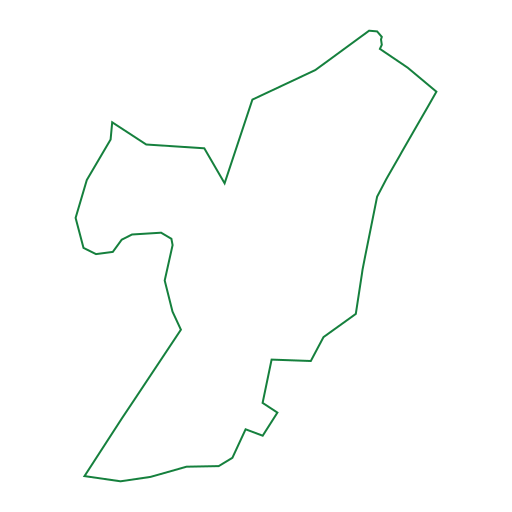 outline of Hudson, New Jersey, United States of America
{"feature_id": "52423323B86380597892697", "entity_name": "Hudson", "entity_type": "district", "adm_level": 2, "iso_a3": "USA", "parent_name": "United States of America", "parent_adm1": "New Jersey", "projection": "natural_earth1", "projection_center": [-74.072, 40.733], "detail": "fine", "context": "isolated", "style": "outline", "palette": "green", "viewbox_px": 512, "rotation_deg": 0, "n_neighbors": 0, "source": "geoboundaries", "source_scale": "gbopen_adm2", "svg_char_len": 819}
<svg xmlns="http://www.w3.org/2000/svg" viewBox="0 0 512 512"><path d="M232.4,457.8L245.6,429.3L262.7,435.7L277.4,412.6L262.6,402.9L271.6,359.6L310.8,361.0L323.5,337.1L355.8,313.9L361.9,274.1L362.6,269.2L362.7,268.8L365.2,256.0L370.9,227.7L377.1,196.7L384.9,181.8L386.2,179.3L388.0,176.1L399.9,155.4L401.6,152.3L416.6,126.2L428.1,106.3L434.7,94.7L436.4,91.7L407.7,67.7L379.9,48.9L381.8,44.8L381.0,39.4L381.8,36.9L377.1,31.4L369.1,30.7L315.4,70.0L252.4,99.6L224.6,183.3L204.3,148.3L146.2,144.5L112.2,122.3L110.6,139.5L86.8,180.0L75.6,217.9L83.5,247.9L96.0,254.1L112.8,251.9L121.7,239.7L132.0,234.5L161.1,232.7L171.4,238.8L172.6,245.1L164.7,280.5L172.5,311.6L180.9,329.7L133.5,401.0L122.0,418.2L84.5,476.1L120.5,481.3L150.5,476.9L186.5,466.7L218.7,466.1L232.4,457.8Z" fill="none" stroke="#15803d" stroke-width="2"/></svg>